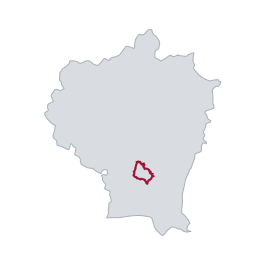 Baranovichy, Brest, Belarus (highlighted), rotated 279°
{"feature_id": "67162791B97838850570601", "entity_name": "Baranovichy", "entity_type": "district", "adm_level": 2, "iso_a3": "BLR", "parent_name": "Belarus", "parent_adm1": "Brest", "projection": "orthographic", "projection_center": [25.916, 53.118], "detail": "fine", "context": "in_parent", "style": "outline", "palette": "rose", "viewbox_px": 256, "rotation_deg": 279, "n_neighbors": 0, "source": "geoboundaries", "source_scale": "gbopen_adm2", "svg_char_len": 6749}
<svg xmlns="http://www.w3.org/2000/svg" viewBox="0 0 256 256"><g transform="rotate(279 128 128)"><path d="M212.5,181.3L208.4,181.3L203.5,181.8L200.9,184.0L197.9,183.2L195.8,184.5L191.3,190.1L189.6,193.1L188.1,197.6L187.2,200.9L187.9,203.2L188.9,205.2L189.3,207.5L189.9,209.2L188.7,210.6L188.1,212.5L186.0,212.3L183.4,210.7L182.7,208.1L180.6,206.4L179.3,205.6L177.2,205.6L173.8,206.6L169.4,207.5L166.1,207.8L164.3,208.9L161.6,209.9L160.5,208.9L158.9,206.0L157.5,203.1L156.6,201.9L155.9,201.5L155.0,201.6L154.0,202.6L153.3,203.6L150.5,204.8L149.3,205.9L148.1,208.7L147.2,208.5L146.2,208.0L145.0,205.0L143.5,204.3L141.2,204.4L138.3,203.8L135.9,203.0L135.0,203.2L133.7,204.6L132.2,204.8L128.8,203.7L128.2,204.3L126.3,207.7L125.4,207.9L124.9,207.4L125.1,204.5L123.2,203.6L119.9,203.5L117.6,203.9L116.5,203.8L115.9,203.3L113.0,198.5L111.6,198.2L108.9,198.5L105.0,197.9L100.5,196.9L98.0,196.5L96.7,195.4L94.0,195.1L86.5,193.0L83.5,192.7L79.0,192.6L72.3,192.1L67.9,192.3L65.9,193.0L63.5,193.4L55.5,193.8L52.6,194.3L51.7,195.3L50.7,197.5L47.3,201.3L44.0,203.8L43.4,204.0L41.5,202.6L39.9,202.1L38.1,201.9L36.8,202.2L35.9,202.9L35.9,205.9L35.7,206.1L34.4,202.5L34.6,199.3L35.5,197.5L36.5,195.9L36.2,193.4L37.2,190.1L37.3,187.8L37.0,186.7L36.2,185.5L34.2,184.2L33.3,183.1L30.5,181.6L27.8,179.8L27.3,178.8L27.5,178.1L28.0,177.0L30.3,173.9L32.7,170.9L34.2,169.7L42.1,166.0L43.4,164.6L43.7,162.3L43.7,157.5L43.4,153.2L42.9,150.2L41.6,144.6L38.0,132.9L36.0,120.9L37.5,121.6L41.1,122.0L44.0,121.3L45.5,121.2L46.8,121.5L50.6,120.9L51.5,122.0L53.2,123.0L56.5,121.7L59.5,120.1L62.6,120.3L63.0,119.5L63.8,115.2L64.8,114.3L68.4,114.8L69.7,114.0L71.2,112.0L73.3,110.7L75.1,110.7L77.0,109.3L77.9,110.2L78.3,112.0L77.7,113.4L78.0,114.0L79.3,114.7L81.5,114.6L82.9,114.1L83.2,113.3L83.2,111.8L82.9,110.5L81.9,109.3L80.2,108.7L79.0,108.6L78.8,107.9L79.2,106.3L80.3,103.4L81.6,100.7L82.4,99.7L82.6,98.8L82.4,97.2L82.4,94.3L83.6,90.3L85.2,87.2L87.3,86.3L89.9,85.7L91.6,84.3L92.4,82.6L93.1,80.0L93.9,79.5L100.1,79.8L101.0,77.2L101.6,76.4L102.7,75.6L103.6,74.7L103.2,74.0L101.7,73.6L97.9,73.2L97.2,72.3L97.4,71.3L98.4,68.6L99.3,65.1L99.7,62.5L99.8,60.9L100.3,60.4L103.3,59.9L104.3,59.4L106.8,55.7L108.8,55.0L113.9,55.9L116.2,55.8L119.2,55.9L119.4,55.6L120.4,51.9L125.2,46.0L127.8,43.9L129.5,43.5L130.1,43.5L132.9,46.5L133.5,46.6L135.2,45.3L138.3,45.1L139.8,46.1L142.0,49.7L143.0,50.1L146.0,47.9L147.6,47.1L148.7,47.1L154.5,49.8L154.9,50.7L155.0,51.8L154.3,55.2L155.6,57.2L157.0,58.6L159.8,56.1L160.9,55.4L162.1,55.3L163.6,54.3L164.6,53.0L165.7,52.5L167.8,52.6L171.6,52.1L176.1,53.9L176.5,54.5L178.9,56.8L179.7,57.9L180.5,58.2L181.7,59.3L183.3,60.0L184.4,59.7L185.0,60.0L185.5,60.9L185.7,62.5L185.8,67.0L184.4,69.4L184.3,70.3L184.4,71.3L185.8,73.1L187.6,76.0L188.1,77.7L188.2,79.0L186.3,83.0L185.6,84.0L185.2,85.9L185.1,87.9L185.3,88.7L189.3,91.5L192.2,92.9L192.9,93.7L193.0,94.2L191.7,97.6L191.6,98.5L194.0,99.7L195.4,101.8L196.7,105.2L199.1,108.4L207.5,112.7L208.3,113.5L208.6,114.5L208.5,116.8L207.4,121.3L208.9,121.9L212.4,121.4L216.7,121.6L222.2,124.2L222.3,125.6L221.9,126.9L222.4,128.2L223.1,129.3L227.9,132.3L228.4,133.3L228.7,135.0L228.6,136.2L227.4,136.6L226.1,137.3L224.0,139.0L223.2,141.1L219.8,144.4L217.7,145.9L215.8,146.1L211.5,145.9L209.8,144.6L209.1,143.3L207.4,142.8L205.2,143.0L202.1,143.4L201.6,143.9L201.2,145.5L200.1,148.4L199.3,150.0L203.6,155.1L205.7,157.2L206.4,158.5L206.5,159.5L205.6,160.7L206.0,163.0L208.1,165.9L207.5,166.4L207.6,170.2L207.9,174.2L208.5,175.1L209.6,175.8L210.6,177.2L212.3,180.4L212.5,181.3Z" fill="#d9dde1" stroke="#a8b0b8" stroke-width="1"/><path d="M87.0,141.3L86.8,141.3L86.4,141.1L86.2,140.9L85.8,140.6L85.6,140.8L85.3,141.1L85.1,141.2L85.0,141.3L84.9,141.3L84.7,141.1L84.2,141.2L84.0,141.3L83.8,141.4L83.6,141.5L83.4,141.4L83.1,141.2L82.8,141.2L82.7,140.9L82.3,140.8L82.1,140.9L81.9,141.0L81.6,141.3L81.4,141.8L81.0,142.0L80.9,142.1L80.8,142.4L80.8,142.7L80.9,142.9L80.9,143.1L81.0,143.3L80.9,143.5L80.7,143.7L80.7,143.8L80.7,144.0L80.5,144.3L80.3,144.4L79.9,144.5L80.1,145.0L79.9,145.4L79.7,145.7L79.6,145.9L79.6,146.2L79.6,146.4L79.6,146.5L79.6,146.8L79.6,147.1L79.6,147.3L79.4,147.6L79.2,147.8L79.1,148.0L79.2,148.4L79.5,148.6L79.8,148.8L79.9,149.0L79.8,149.4L79.8,149.6L79.9,149.8L79.9,150.0L79.9,150.4L79.9,150.6L79.7,150.9L79.5,151.3L79.5,151.7L79.6,152.0L79.6,152.4L79.5,152.7L79.3,152.9L79.0,153.0L78.8,153.0L78.5,153.1L78.4,153.4L78.2,153.7L78.1,153.9L77.8,154.1L77.4,154.3L77.2,154.3L76.8,154.5L76.5,154.7L76.5,154.8L76.4,155.0L76.2,155.4L76.0,155.5L76.0,155.8L76.4,155.9L76.5,155.9L76.8,155.8L77.0,155.8L77.1,155.7L77.3,155.7L77.4,155.8L77.5,155.9L77.7,156.0L77.9,156.0L78.0,156.0L78.3,156.2L78.5,156.2L78.8,156.3L79.2,156.4L79.4,156.4L79.6,156.5L79.8,156.7L79.7,156.9L79.7,157.0L79.8,157.3L79.8,157.5L80.1,157.7L80.3,157.7L80.6,157.8L80.7,158.0L80.8,158.1L81.1,158.4L81.3,158.5L81.5,158.6L81.6,158.9L81.8,159.0L82.0,159.0L82.3,158.9L82.4,159.0L82.5,159.1L82.8,159.2L83.1,159.2L83.2,159.3L83.4,159.4L83.5,159.6L83.8,159.9L84.0,160.0L84.2,160.3L84.4,160.4L84.5,160.6L84.8,160.3L85.0,160.1L85.1,159.8L85.0,159.7L84.9,159.6L84.8,159.2L85.0,159.1L85.3,159.0L85.6,158.9L85.8,158.7L86.0,158.6L86.3,158.5L86.5,158.7L86.5,158.2L86.5,157.9L86.5,157.7L86.5,157.4L86.6,157.2L86.8,157.2L87.0,157.0L87.1,156.8L87.3,156.8L87.5,157.0L87.6,157.4L87.8,157.4L88.0,157.4L88.4,157.2L88.4,156.9L88.2,156.8L88.0,156.7L87.9,156.5L87.9,156.4L88.0,156.2L88.3,156.1L88.3,156.3L88.5,156.4L88.8,156.3L88.8,156.1L88.9,155.9L89.0,155.7L89.3,155.4L89.6,155.4L89.8,155.4L90.0,155.2L89.9,154.9L90.0,154.7L90.3,154.6L90.4,154.4L90.4,154.2L90.5,154.0L90.5,153.8L90.6,153.5L90.5,153.3L90.6,153.0L90.7,152.9L90.8,152.8L90.8,152.7L90.7,152.4L90.7,152.1L90.7,151.8L90.7,151.4L90.6,151.2L90.4,151.2L90.2,151.0L90.3,150.9L90.5,150.8L90.7,150.7L90.7,150.4L90.9,150.3L91.1,150.3L91.3,150.2L91.6,150.0L91.8,150.0L92.0,149.8L92.0,149.7L92.0,149.3L92.1,149.2L92.4,149.1L92.6,149.2L92.9,149.3L93.1,149.4L93.3,149.3L93.4,149.2L93.7,149.3L93.8,149.3L93.9,149.5L93.9,149.8L94.0,150.0L94.3,149.9L94.5,149.7L94.8,149.4L95.2,149.3L95.4,149.2L95.3,148.8L95.2,148.6L95.0,148.3L94.7,148.2L94.4,148.2L94.1,148.1L94.0,147.9L93.9,147.7L94.0,147.5L94.3,147.4L94.6,147.2L94.6,146.6L94.8,146.5L95.0,146.5L95.2,146.3L95.2,146.1L95.3,145.7L95.5,145.7L95.9,145.7L96.2,145.6L96.4,145.4L96.4,145.0L96.4,144.7L96.3,144.3L96.4,144.1L96.5,144.0L96.5,143.8L96.5,143.6L96.4,143.6L96.2,143.5L96.0,143.4L95.9,143.3L96.0,143.1L96.1,142.8L96.0,142.5L95.9,142.3L95.8,142.0L95.3,142.3L94.9,142.3L94.5,142.3L94.3,142.1L93.8,142.0L93.2,141.9L92.6,141.8L91.9,141.8L91.2,141.7L90.5,141.7L90.3,141.7L90.0,141.5L89.9,141.5L89.7,141.7L89.5,141.8L89.2,141.8L88.8,141.8L88.6,141.6L88.3,141.4L88.0,141.4L87.7,141.4L87.4,141.4L87.1,141.3L87.0,141.3Z" fill="none" stroke="#9f1239" stroke-width="2"/></g></svg>